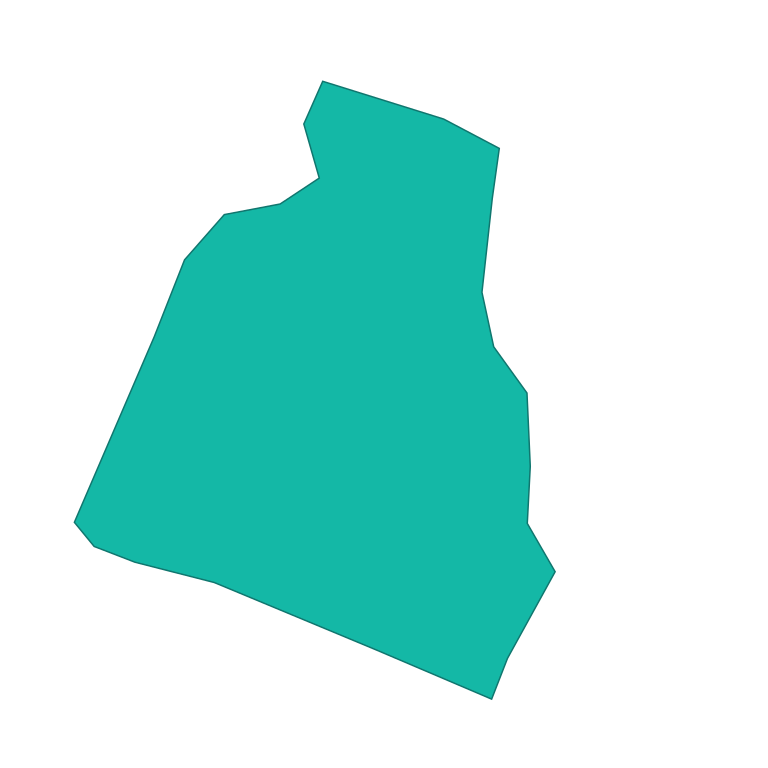 outline of Munkfors, Värmland, Sweden, rotated 294°
{"feature_id": "70781695B82922715808284", "entity_name": "Munkfors", "entity_type": "district", "adm_level": 2, "iso_a3": "SWE", "parent_name": "Sweden", "parent_adm1": "Värmland", "projection": "orthographic", "projection_center": [13.521, 59.825], "detail": "fine", "context": "isolated", "style": "filled", "palette": "teal", "viewbox_px": 768, "rotation_deg": 294, "n_neighbors": 0, "source": "geoboundaries", "source_scale": "gbopen_adm2", "svg_char_len": 459}
<svg xmlns="http://www.w3.org/2000/svg" viewBox="0 0 768 768"><g transform="rotate(294 384 384)"><path d="M139.9,610.5L183.6,608.4L282.1,616.7L314.9,571.6L368.3,551.1L433.9,518.3L462.6,469.1L507.6,436.2L597.7,407.4L646.1,393.5L650.3,330.8L635.6,204.9L588.9,205.0L545.8,241.1L506.2,215.9L473.8,169.2L416.3,151.3L333.6,154.9L131.7,157.4L117.7,185.3L119.9,229.0L133.6,309.6L137.9,484.8L139.9,610.5Z" fill="#14b8a6" stroke="#0f766e" stroke-width="1.5"/></g></svg>